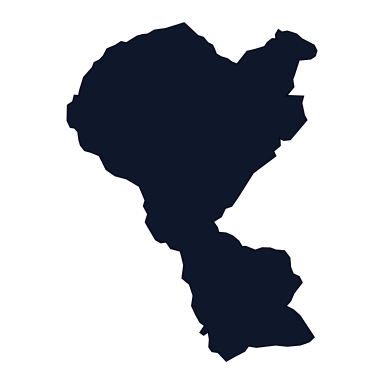 Três Forquilhas, Rio Grande do Sul, Brazil (Mercator projection)
{"feature_id": "56859067B63561064901677", "entity_name": "Três Forquilhas", "entity_type": "district", "adm_level": 2, "iso_a3": "BRA", "parent_name": "Brazil", "parent_adm1": "Rio Grande do Sul", "projection": "mercator", "projection_center": [-50.078, -29.445], "detail": "fine", "context": "isolated", "style": "filled", "palette": "ink", "viewbox_px": 384, "rotation_deg": 0, "n_neighbors": 0, "source": "geoboundaries", "source_scale": "gbopen_adm2", "svg_char_len": 1753}
<svg xmlns="http://www.w3.org/2000/svg" viewBox="0 0 384 384"><path d="M267.5,42.5L264.7,46.7L254.9,49.7L247.1,51.5L237.0,64.2L231.9,62.3L227.6,59.0L220.9,56.9L216.1,54.0L214.3,49.1L212.3,45.1L207.9,43.0L203.3,37.5L197.9,35.8L184.2,23.0L165.5,28.8L154.5,30.3L147.7,34.3L142.5,34.8L137.2,36.3L131.1,40.0L126.4,43.0L121.1,41.8L115.4,45.5L107.1,49.0L103.6,55.8L99.7,60.0L94.3,62.7L92.4,67.7L83.8,77.4L79.8,90.4L78.7,95.8L74.4,95.4L72.8,101.8L67.6,105.3L67.3,120.7L70.4,127.2L74.5,127.8L78.0,131.7L79.1,139.9L80.6,145.2L84.7,150.4L90.6,152.0L99.3,155.5L106.2,169.4L115.1,175.6L126.4,178.6L139.4,186.3L145.3,200.4L143.6,206.1L147.9,214.1L145.5,222.0L147.7,226.2L155.7,239.7L160.7,242.6L166.2,241.8L170.7,248.4L180.3,250.9L181.6,255.4L183.9,265.2L182.2,278.1L189.6,284.3L193.3,295.6L191.8,305.8L195.7,314.3L200.2,322.4L204.8,325.6L200.2,332.5L203.7,335.0L208.3,331.6L209.6,339.5L209.0,347.0L212.0,351.4L218.0,352.3L226.3,361.0L234.1,356.5L244.5,351.2L248.4,345.8L256.5,347.1L275.6,344.8L287.3,346.0L300.3,344.8L309.2,341.7L314.0,337.2L299.9,315.8L293.1,309.8L285.8,306.1L290.5,300.9L293.7,293.3L302.0,282.4L299.0,276.7L293.0,273.9L290.4,267.1L289.7,257.9L284.5,251.0L275.6,250.2L270.4,248.2L262.1,248.0L255.3,250.4L246.0,246.7L241.9,246.7L238.7,241.2L232.8,236.2L226.1,233.2L218.5,232.5L217.3,227.5L213.0,221.7L221.3,216.5L225.2,208.2L231.7,206.0L237.8,197.1L253.2,172.7L275.6,155.9L273.4,151.2L280.1,145.5L279.7,138.0L283.6,140.2L290.2,139.5L306.7,120.0L304.2,115.3L301.6,103.0L303.4,96.3L286.5,95.7L293.7,86.9L292.5,79.3L294.2,74.9L299.0,59.9L310.7,58.8L315.1,55.9L316.7,50.7L314.0,45.3L301.7,38.9L296.7,34.3L291.6,32.6L287.3,31.3L281.9,32.3L278.4,29.8L275.6,34.6L276.2,39.1L272.2,38.8L267.5,42.5Z" fill="#0f172a" stroke="#020617" stroke-width="1.5"/></svg>